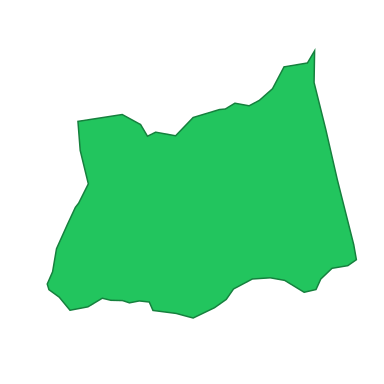 Wayi, Lac, Chad (Mercator projection), rotated 83°
{"feature_id": "50815135B86238137663719", "entity_name": "Wayi", "entity_type": "district", "adm_level": 2, "iso_a3": "TCD", "parent_name": "Chad", "parent_adm1": "Lac", "projection": "mercator", "projection_center": [15.256, 13.3], "detail": "fine", "context": "isolated", "style": "filled", "palette": "green", "viewbox_px": 384, "rotation_deg": 83, "n_neighbors": 0, "source": "geoboundaries", "source_scale": "gbopen_adm2", "svg_char_len": 811}
<svg xmlns="http://www.w3.org/2000/svg" viewBox="0 0 384 384"><g transform="rotate(83 192 192)"><path d="M317.2,206.2L309.6,183.8L302.8,171.1L293.3,162.6L285.7,142.7L286.7,124.8L291.0,110.8L305.2,92.9L303.9,80.8L294.1,74.8L284.8,62.3L284.1,46.3L279.2,37.1L264.0,37.9L197.2,46.3L146.3,51.6L98.2,57.5L66.8,53.1L78.0,61.7L79.0,85.4L99.3,99.5L109.2,113.9L113.4,124.8L109.1,138.6L113.7,148.9L113.5,154.7L118.2,181.8L134.2,201.4L128.2,220.8L131.2,229.4L118.8,234.8L106.6,251.8L108.0,296.6L137.1,297.9L171.3,293.9L189.2,305.8L193.0,309.6L209.2,319.7L231.8,333.4L254.2,340.1L265.7,346.9L271.5,345.9L280.2,336.6L294.5,327.5L293.3,309.3L286.5,294.0L289.6,285.7L291.3,274.1L294.4,267.6L293.7,257.6L296.0,247.8L304.8,245.2L310.6,222.5L315.1,211.5L317.2,206.2Z" fill="#22c55e" stroke="#15803d" stroke-width="1.5"/></g></svg>